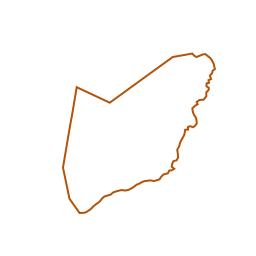 the district of São Vicente do Seridó, Paraíba, Brazil, rotated 111°
{"feature_id": "56859067B58520113150503", "entity_name": "São Vicente do Seridó", "entity_type": "district", "adm_level": 2, "iso_a3": "BRA", "parent_name": "Brazil", "parent_adm1": "Paraíba", "projection": "mercator", "projection_center": [-36.456, -6.916], "detail": "fine", "context": "isolated", "style": "outline", "palette": "amber", "viewbox_px": 256, "rotation_deg": 111, "n_neighbors": 0, "source": "geoboundaries", "source_scale": "gbopen_adm2", "svg_char_len": 1170}
<svg xmlns="http://www.w3.org/2000/svg" viewBox="0 0 256 256"><g transform="rotate(111 128 128)"><path d="M35.5,94.7L45.7,111.7L110.9,154.1L108.3,190.5L134.3,185.2L146.7,182.9L188.3,174.5L215.0,157.3L224.7,142.8L223.3,139.5L222.1,137.4L219.4,135.3L216.8,133.6L213.9,132.4L211.0,130.8L208.8,129.3L206.4,127.9L203.3,127.0L200.4,125.5L198.6,123.2L196.4,120.3L193.5,118.8L190.9,115.7L188.4,112.1L187.2,107.7L185.3,105.1L182.2,102.4L177.8,99.6L175.8,97.4L173.5,95.6L171.8,93.7L169.0,88.6L168.1,84.6L166.6,82.6L164.7,80.2L161.5,79.5L158.6,78.2L156.0,74.5L153.0,74.3L151.8,72.0L149.5,70.2L148.5,73.3L145.1,73.9L142.7,73.7L140.8,71.1L137.6,70.6L133.9,72.4L130.8,74.2L126.7,73.7L122.9,74.1L120.4,73.9L117.4,73.4L114.6,73.0L111.9,73.4L109.1,74.0L108.0,71.4L105.5,72.4L104.0,70.5L104.0,67.6L101.7,66.0L98.9,65.5L96.1,66.9L94.0,68.3L92.1,71.1L89.9,73.1L86.6,75.0L83.1,73.3L80.9,71.5L79.2,73.2L76.3,71.4L74.4,67.5L70.1,66.3L66.6,67.7L63.8,66.4L61.6,66.8L60.9,69.7L58.1,70.6L56.8,68.6L54.5,70.0L52.6,68.0L49.7,70.3L46.8,69.2L44.4,69.5L41.9,68.0L37.4,71.0L34.6,74.0L33.2,76.3L31.3,82.2L32.5,84.5L37.2,89.5L36.8,92.1L35.5,94.7Z" fill="none" stroke="#b45309" stroke-width="2"/></g></svg>